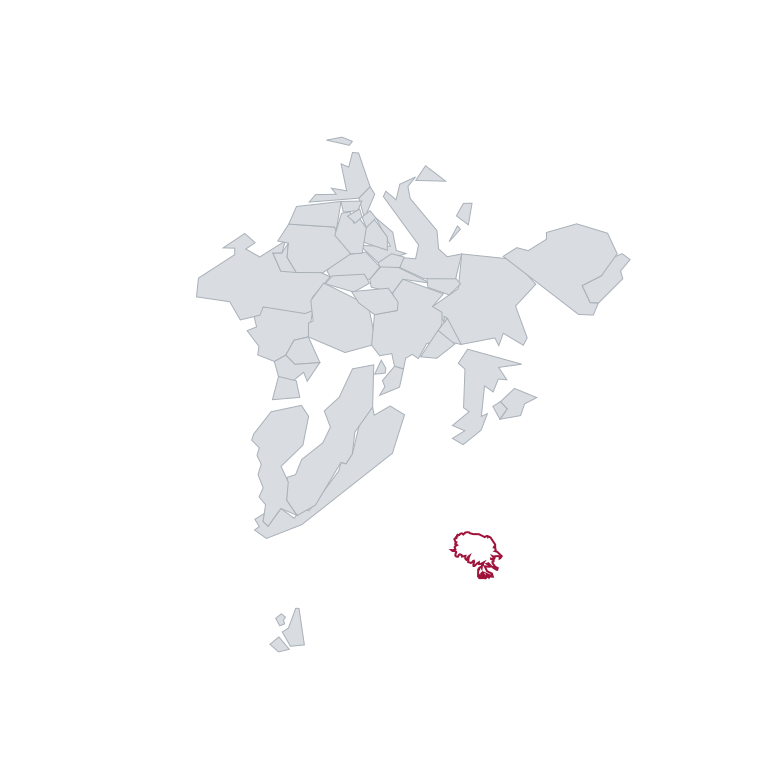 Europe, with Iceland highlighted, rotated 225°
{"feature_id": "ISL", "entity_name": "Iceland", "entity_type": "country or territory", "adm_level": 0, "iso_a3": "ISL", "parent_name": "Europe", "parent_adm1": "", "projection": "orthographic", "projection_center": [-19.868, 64.966], "detail": "medium", "context": "in_parent", "style": "outline", "palette": "rose", "viewbox_px": 768, "rotation_deg": 225, "n_neighbors": 37, "source": "natural_earth", "source_scale": "50m", "svg_char_len": 9225}
<svg xmlns="http://www.w3.org/2000/svg" viewBox="0 0 768 768"><g transform="rotate(225 384 384)"><path d="M255.8,143.2L264.7,132.4L280.5,136.7L279.0,143.8L287.8,163.0L285.4,165.2L255.8,143.2ZM379.6,197.0L377.0,208.5L372.3,201.3L365.4,201.5L368.9,223.0L352.5,225.6L354.9,238.2L347.4,241.4L354.5,290.6L359.0,298.2L354.5,300.6L356.9,312.1L375.5,342.6L375.7,359.6L368.9,355.0L364.1,372.8L347.7,376.7L329.1,341.0L342.7,226.4L358.0,191.6L372.3,189.2L371.3,195.0L379.6,197.0ZM280.6,119.3L279.5,130.8L263.4,129.4L269.2,120.0L280.6,119.3ZM294.9,141.7L294.1,148.8L288.8,149.5L288.2,146.1L284.6,144.1L286.8,139.3L294.9,141.7Z" fill="#d9dde1" stroke="#a8b0b8" stroke-width="1"/><path d="M357.4,466.6L404.5,473.0L398.9,504.0L421.0,530.9L380.9,563.4L347.2,561.9L346.1,532.1L315.4,517.9L312.9,509.9L335.5,504.2L330.0,492.3L338.2,495.0L357.4,466.6ZM439.4,547.4L438.6,530.6L443.8,547.7L439.4,547.4Z" fill="#d9dde1" stroke="#a8b0b8" stroke-width="1"/><path d="M375.7,359.6L370.6,329.4L356.9,312.1L354.5,300.6L359.0,298.2L346.8,249.8L352.5,229.6L370.6,232.9L386.5,249.6L382.4,257.4L388.8,272.3L385.7,299.3L391.4,315.6L407.2,322.7L406.3,342.9L417.0,372.5L404.8,390.3L375.7,359.6Z" fill="#d9dde1" stroke="#a8b0b8" stroke-width="1"/><path d="M477.5,322.4L493.9,315.3L499.0,322.2L518.5,324.9L514.5,334.3L523.9,340.0L523.9,353.1L486.3,385.4L470.8,363.8L478.6,351.3L473.8,334.9L477.5,322.4Z" fill="#d9dde1" stroke="#a8b0b8" stroke-width="1"/><path d="M585.6,374.5L594.0,366.5L588.9,392.0L575.1,392.8L577.2,381.7L561.7,386.0L555.0,415.2L548.7,404.3L555.1,397.9L536.6,390.8L518.1,414.3L497.8,421.7L495.9,394.3L486.3,385.4L489.8,377.8L523.9,353.1L520.4,345.0L530.9,327.7L551.2,333.1L578.2,313.0L590.1,327.7L581.0,369.9L585.6,374.5Z" fill="#d9dde1" stroke="#a8b0b8" stroke-width="1"/><path d="M470.8,363.8L480.5,373.8L478.7,378.4L494.7,391.2L498.1,412.8L450.6,428.6L424.1,410.8L420.2,402.7L433.8,378.7L470.8,363.8Z" fill="#d9dde1" stroke="#a8b0b8" stroke-width="1"/><path d="M468.1,448.0L469.3,466.4L461.3,474.8L422.3,488.2L444.7,471.4L442.2,454.5L461.5,443.5L468.1,448.0Z" fill="#d9dde1" stroke="#a8b0b8" stroke-width="1"/><path d="M497.8,421.7L504.7,423.8L503.6,446.7L490.2,464.3L469.7,463.9L468.1,448.0L497.8,421.7Z" fill="#d9dde1" stroke="#a8b0b8" stroke-width="1"/><path d="M524.9,400.8L536.6,390.8L555.1,397.9L548.7,404.3L551.3,416.1L542.3,405.2L524.9,400.8Z" fill="#d9dde1" stroke="#a8b0b8" stroke-width="1"/><path d="M551.3,416.1L560.2,410.0L564.4,429.7L529.8,460.1L499.6,452.4L505.9,419.6L524.9,400.8L542.3,405.2L551.3,416.1Z" fill="#d9dde1" stroke="#a8b0b8" stroke-width="1"/><path d="M473.8,334.9L478.6,351.3L470.8,363.8L444.5,353.8L460.8,335.0L473.8,334.9Z" fill="#d9dde1" stroke="#a8b0b8" stroke-width="1"/><path d="M463.9,314.7L477.5,322.4L473.8,334.9L460.8,335.0L444.5,353.8L440.2,331.6L449.1,335.5L450.9,319.1L463.9,314.7Z" fill="#d9dde1" stroke="#a8b0b8" stroke-width="1"/><path d="M451.8,294.0L463.9,314.7L448.3,324.2L434.1,315.0L451.8,294.0Z" fill="#d9dde1" stroke="#a8b0b8" stroke-width="1"/><path d="M420.2,402.7L439.8,426.3L426.6,445.4L442.2,454.5L444.7,471.4L405.8,489.8L404.5,473.0L393.7,475.7L385.7,467.7L378.3,449.3L382.4,442.7L377.7,426.2L384.9,425.0L386.9,417.6L380.8,408.4L389.1,403.9L400.0,411.0L407.0,400.9L420.2,402.7Z" fill="#d9dde1" stroke="#a8b0b8" stroke-width="1"/><path d="M525.6,457.8L529.8,460.1L564.4,429.7L571.4,447.7L543.5,482.7L525.6,457.8Z" fill="#d9dde1" stroke="#a8b0b8" stroke-width="1"/><path d="M597.2,515.7L588.3,528.8L578.0,533.2L577.3,528.3L597.2,515.7ZM533.1,497.7L565.5,459.8L566.3,469.5L552.0,484.3L559.6,485.3L547.0,494.2L570.0,509.3L562.3,512.4L570.0,525.4L565.3,529.4L533.2,513.6L533.1,497.7Z" fill="#d9dde1" stroke="#a8b0b8" stroke-width="1"/><path d="M533.1,497.7L533.2,513.6L524.8,511.7L514.9,487.3L533.1,497.7Z" fill="#d9dde1" stroke="#a8b0b8" stroke-width="1"/><path d="M473.9,465.7L499.1,464.9L476.8,485.9L507.1,495.7L485.1,497.5L469.7,487.1L460.7,491.8L473.9,465.7Z" fill="#d9dde1" stroke="#a8b0b8" stroke-width="1"/><path d="M421.3,483.4L431.3,491.3L411.8,509.8L400.6,508.8L400.9,493.1L421.3,483.4Z" fill="#d9dde1" stroke="#a8b0b8" stroke-width="1"/><path d="M384.0,468.9L389.3,474.4L385.5,475.3L384.0,468.9Z" fill="#d9dde1" stroke="#a8b0b8" stroke-width="1"/><path d="M383.7,460.1L385.5,475.3L357.4,466.6L373.0,456.3L383.7,460.1Z" fill="#d9dde1" stroke="#a8b0b8" stroke-width="1"/><path d="M377.4,429.1L383.7,460.1L362.2,462.3L364.9,439.5L377.4,429.1Z" fill="#d9dde1" stroke="#a8b0b8" stroke-width="1"/><path d="M289.6,592.7L295.7,587.2L313.5,593.6L306.8,614.4L313.6,630.0L307.8,644.5L298.0,646.0L296.6,631.2L289.6,627.3L289.6,592.7Z" fill="#d9dde1" stroke="#a8b0b8" stroke-width="1"/><path d="M311.2,641.0L306.8,614.4L313.5,593.6L295.7,587.2L289.6,592.7L284.8,580.7L295.7,570.7L390.0,558.5L386.5,574.3L376.3,580.3L371.5,601.2L376.3,606.0L361.0,633.5L332.5,648.7L311.2,641.0Z" fill="#d9dde1" stroke="#a8b0b8" stroke-width="1"/><path d="M289.2,453.8L288.6,473.1L266.4,482.4L270.5,469.4L265.1,458.2L277.1,441.1L279.3,453.5L289.2,453.8Z" fill="#d9dde1" stroke="#a8b0b8" stroke-width="1"/><path d="M430.1,486.8L455.2,477.5L460.5,486.1L450.2,494.9L457.9,506.8L517.0,516.1L519.0,521.6L505.7,522.8L514.1,536.5L508.1,552.7L506.8,540.6L496.7,533.7L455.0,529.9L441.0,518.2L429.4,518.6L421.0,530.9L407.7,509.0L430.1,486.8ZM483.8,571.0L505.5,550.4L509.0,567.7L483.8,571.0ZM436.9,556.2L451.7,554.1L455.6,567.8L449.6,574.1L436.9,556.2Z" fill="#d9dde1" stroke="#a8b0b8" stroke-width="1"/><path d="M389.1,403.9L380.8,408.4L370.8,392.7L379.1,372.8L381.5,382.7L387.5,385.3L389.1,403.9ZM397.5,384.3L402.8,398.9L393.8,396.4L390.9,392.5L397.5,384.3Z" fill="#d9dde1" stroke="#a8b0b8" stroke-width="1"/><path d="M289.2,453.8L279.3,453.5L277.1,441.1L291.2,445.1L289.2,453.8ZM311.6,453.8L292.3,430.0L289.9,436.2L282.7,420.0L285.2,397.0L297.2,393.9L293.8,408.1L306.3,403.0L304.2,424.6L311.0,423.5L337.3,451.8L346.1,451.1L349.5,467.7L300.6,495.4L314.7,476.8L300.1,473.8L306.7,468.4L301.2,455.5L311.6,453.8Z" fill="#d9dde1" stroke="#a8b0b8" stroke-width="1"/><path d="M455.2,477.5L469.7,463.9L473.9,465.7L470.8,481.5L459.4,488.0L455.2,477.5Z" fill="#d9dde1" stroke="#a8b0b8" stroke-width="1"/><path d="M372.3,201.3L382.4,214.9L392.5,215.8L396.0,225.1L409.1,230.9L414.1,240.5L423.2,243.6L427.2,250.7L437.9,250.8L440.8,256.6L444.2,284.6L427.3,310.5L414.4,307.8L398.1,283.4L398.6,253.0L382.4,247.0L370.6,232.9L352.5,229.6L368.9,223.0L365.4,201.5L372.3,201.3Z" fill="#d9dde1" stroke="#a8b0b8" stroke-width="1"/><path d="M496.5,413.3L497.1,423.7L475.6,447.7L465.6,445.0L470.3,427.7L496.5,413.3Z" fill="#d9dde1" stroke="#a8b0b8" stroke-width="1"/><path d="M439.8,426.3L459.4,423.5L472.2,426.4L448.7,454.8L431.9,451.8L426.6,445.4L439.8,426.3Z" fill="#d9dde1" stroke="#a8b0b8" stroke-width="1"/><path d="M507.0,493.5L485.5,490.3L476.2,480.9L501.0,468.6L508.4,480.4L507.0,493.5Z" fill="#d9dde1" stroke="#a8b0b8" stroke-width="1"/><path d="M534.4,476.8L543.5,482.7L529.0,497.7L525.1,487.9L534.4,476.8Z" fill="#d9dde1" stroke="#a8b0b8" stroke-width="1"/><path d="M491.9,461.1L499.6,452.4L524.0,454.4L534.7,474.7L529.5,481.8L519.0,476.3L517.7,483.5L507.0,482.0L491.9,461.1Z" fill="#d9dde1" stroke="#a8b0b8" stroke-width="1"/><path d="M517.6,486.5L516.5,496.7L507.1,495.7L507.0,482.0L517.6,486.5Z" fill="#d9dde1" stroke="#a8b0b8" stroke-width="1"/><path d="M525.0,490.6L517.6,486.5L518.1,477.7L528.5,476.8L525.0,490.6Z" fill="#d9dde1" stroke="#a8b0b8" stroke-width="1"/><path d="M214.5,316.4L215.9,315.9L217.6,314.3L218.9,314.2L217.5,315.5L216.7,317.7L218.8,318.6L218.9,320.0L218.4,321.7L220.5,321.2L221.0,322.4L220.3,323.8L221.7,322.8L224.6,324.1L224.5,325.5L223.8,326.1L224.8,327.0L224.3,328.0L225.2,328.5L225.4,329.4L224.0,330.4L224.2,332.0L223.3,333.5L221.6,333.6L221.7,334.4L221.3,335.0L221.6,336.1L220.7,337.7L218.8,339.3L217.6,339.3L214.7,341.0L210.7,344.9L204.5,347.0L203.9,349.2L203.2,349.7L202.3,349.3L202.4,350.0L200.2,350.8L191.9,349.1L190.3,347.5L190.5,346.8L191.0,346.6L190.8,346.1L189.5,346.9L187.0,345.0L187.2,344.4L185.3,345.4L179.0,345.5L178.6,343.2L178.8,342.4L179.8,343.6L181.5,343.1L183.2,341.4L184.3,339.5L185.4,339.1L184.5,338.9L182.3,339.8L183.1,338.9L182.6,338.6L182.9,337.4L184.8,336.2L184.4,335.9L182.1,337.2L181.1,336.0L181.5,334.8L180.4,334.0L176.0,333.4L173.5,334.3L172.5,332.7L173.1,332.2L176.8,331.3L177.3,331.8L178.9,330.9L183.4,331.1L184.1,329.6L182.4,330.1L180.4,329.2L183.8,326.3L178.7,324.5L173.6,326.3L170.8,324.7L172.0,323.7L173.9,324.7L173.2,323.8L172.9,321.8L175.2,323.1L176.9,322.4L174.8,321.9L174.3,321.0L175.8,320.8L174.7,319.0L174.9,318.4L176.3,319.1L175.6,318.0L176.3,317.2L178.2,318.4L178.3,319.7L180.1,319.2L180.3,319.8L180.2,321.1L181.1,320.7L181.2,318.7L178.8,316.9L181.1,316.4L180.1,315.5L178.1,315.4L179.2,314.2L181.4,314.4L186.2,319.4L185.6,320.1L186.6,321.0L186.3,322.8L185.8,323.3L184.9,323.0L186.3,324.8L185.9,326.0L186.9,326.7L187.3,328.5L188.4,325.0L189.0,324.2L189.7,323.8L190.8,325.0L191.3,323.2L191.3,319.4L192.0,318.6L192.9,319.2L194.7,322.2L195.5,322.6L195.8,322.0L195.7,320.0L196.0,318.9L198.6,317.6L201.4,321.1L202.1,322.9L202.3,321.7L201.2,318.6L201.3,317.9L203.1,318.0L204.9,320.1L206.8,317.1L208.3,318.0L210.0,317.1L210.2,316.1L209.6,314.1L210.9,313.1L212.2,313.1L213.6,314.9L213.7,315.8L214.5,316.4Z" fill="none" stroke="#9f1239" stroke-width="2"/></g></svg>